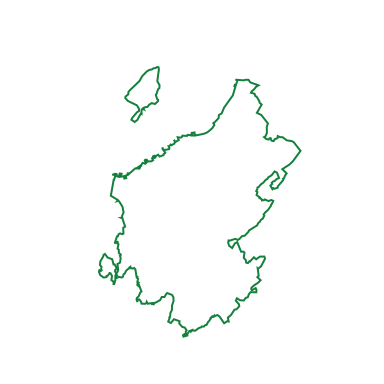 the district of Horten nor, Vestfold, Norway, rotated 223°
{"feature_id": "86288312B28519776233063", "entity_name": "Horten nor", "entity_type": "district", "adm_level": 2, "iso_a3": "NOR", "parent_name": "Norway", "parent_adm1": "Vestfold", "projection": "albers", "projection_center": [10.422, 59.398], "detail": "fine", "context": "isolated", "style": "outline", "palette": "green", "viewbox_px": 384, "rotation_deg": 223, "n_neighbors": 0, "source": "geoboundaries", "source_scale": "gbopen_adm2", "svg_char_len": 5950}
<svg xmlns="http://www.w3.org/2000/svg" viewBox="0 0 384 384"><g transform="rotate(223 192 192)"><path d="M230.2,309.0L236.9,303.7L235.2,304.7L234.4,303.7L232.7,299.8L233.7,299.5L233.1,298.2L232.0,298.5L228.0,290.4L226.1,275.6L223.9,269.8L224.8,266.6L222.9,264.2L223.0,257.3L224.1,257.1L221.3,256.2L220.7,252.5L221.1,248.5L221.5,246.1L222.9,242.9L226.8,237.3L227.8,236.1L228.8,236.4L227.9,235.9L228.3,235.4L230.4,236.9L231.6,236.0L230.4,236.6L228.5,235.2L230.7,233.1L232.1,235.1L232.0,235.7L232.5,235.1L231.4,232.8L234.2,230.8L233.9,229.6L237.4,226.7L236.9,225.0L237.7,223.7L239.8,222.3L237.1,220.9L238.2,217.4L240.9,217.8L239.0,217.3L237.9,215.5L238.8,212.3L239.9,212.2L239.9,210.1L240.4,209.5L238.4,208.7L238.0,207.7L240.9,203.8L242.6,203.6L244.1,204.5L242.7,203.3L238.4,202.6L238.2,201.7L238.6,200.4L238.0,199.5L239.9,195.8L242.2,196.2L243.1,192.7L244.0,193.1L244.4,192.4L242.4,192.1L242.9,190.9L244.4,191.5L244.5,192.2L244.7,191.3L243.6,190.8L244.2,189.4L242.1,188.6L242.7,186.7L245.1,184.3L248.0,184.9L245.2,184.0L245.3,183.2L249.1,183.8L245.1,183.0L248.8,183.2L245.3,181.6L245.4,180.8L247.9,179.7L247.7,177.4L247.0,176.5L247.8,175.9L248.4,173.3L247.0,174.8L246.6,174.4L246.6,172.9L248.1,172.9L248.2,171.6L249.6,170.6L250.5,161.4L252.2,162.5L251.0,160.5L251.6,158.8L249.6,157.3L250.6,155.7L252.4,156.9L251.9,158.1L254.6,154.5L255.9,157.3L257.5,156.3L256.0,153.1L257.5,152.3L259.3,153.7L260.8,152.7L262.0,150.2L260.6,151.6L259.1,151.5L257.3,147.8L257.6,147.5L248.8,133.9L241.1,135.5L240.6,135.5L240.5,134.6L240.1,135.5L238.3,135.3L232.8,133.8L228.2,130.5L227.0,127.2L225.7,125.7L226.4,124.7L224.8,125.3L223.9,124.6L224.2,123.9L223.8,124.6L217.3,121.1L217.9,118.9L213.8,114.8L214.2,113.6L216.3,112.7L216.9,111.0L216.0,109.0L216.6,108.4L213.8,102.3L213.3,102.4L212.6,104.7L212.0,104.7L211.2,103.4L210.1,103.6L207.8,99.8L206.1,99.8L203.9,97.5L201.5,97.7L200.9,96.9L201.2,96.2L199.1,95.0L196.5,91.3L197.4,88.5L192.8,84.6L191.9,82.5L191.9,80.9L194.1,81.4L195.0,82.6L194.8,84.0L195.5,85.0L199.2,86.3L200.0,85.5L204.5,88.4L209.1,86.5L213.4,87.3L213.8,85.8L212.9,84.1L211.7,78.7L209.5,75.9L207.2,75.5L205.5,73.3L204.7,73.1L204.8,72.0L206.4,71.7L205.7,70.2L202.3,68.6L198.3,69.2L196.5,71.4L197.2,72.3L196.5,73.6L197.0,76.6L196.3,77.0L193.2,76.0L190.9,72.6L188.3,72.9L186.6,71.2L186.1,71.6L188.1,75.5L190.7,78.2L191.8,80.3L189.9,80.0L190.0,79.0L188.5,77.8L187.3,80.3L185.2,81.4L184.7,82.5L185.9,85.3L185.6,86.6L186.5,89.4L186.2,92.7L185.3,94.0L186.3,94.3L186.1,95.3L185.0,94.5L183.4,95.4L182.4,97.0L180.5,96.7L175.3,92.6L174.1,92.7L174.0,91.7L172.3,91.8L170.6,88.9L169.4,89.3L169.5,88.1L168.6,86.7L167.6,86.7L169.1,88.7L161.1,84.8L161.3,83.1L159.9,79.5L160.0,76.8L159.2,75.5L157.6,74.7L157.4,75.1L158.2,76.4L157.3,77.5L154.6,77.1L152.8,75.9L150.0,78.3L149.6,79.6L150.2,80.8L148.2,80.1L145.3,83.8L144.4,84.4L144.3,83.1L143.4,83.8L144.2,84.9L143.3,86.0L141.6,91.1L142.5,94.6L140.5,96.4L141.3,99.9L141.2,101.2L136.5,103.1L133.9,102.4L131.2,99.8L129.1,95.2L126.2,92.0L125.4,89.0L122.9,85.7L123.1,84.8L122.3,84.3L121.0,81.0L118.1,81.8L118.4,86.7L112.9,89.0L111.7,87.1L107.1,86.7L104.9,87.9L101.7,87.2L101.4,85.8L99.8,83.9L100.6,83.0L100.9,81.2L99.6,80.4L99.2,81.1L100.0,81.3L100.1,82.0L98.3,82.5L98.0,83.0L98.6,83.2L97.7,84.1L98.4,84.7L99.2,88.3L98.6,89.4L97.6,89.1L97.9,91.0L97.5,91.7L96.8,91.3L95.1,92.7L94.1,97.5L93.0,99.3L93.2,100.2L91.5,101.8L91.6,103.6L90.7,104.8L91.6,107.8L91.5,109.9L92.0,111.1L91.9,112.2L92.5,112.5L92.5,113.6L91.4,115.1L92.0,115.3L91.1,116.3L91.3,117.0L90.6,116.9L89.5,119.4L86.8,119.7L79.0,117.9L78.0,121.7L76.9,122.3L80.1,124.6L79.6,128.7L80.7,134.9L79.4,136.7L79.5,140.7L81.1,141.9L85.8,142.4L86.7,144.9L83.0,145.6L80.1,148.0L80.5,151.2L79.4,153.1L80.7,156.0L80.9,158.6L76.6,162.5L78.0,164.3L79.9,165.1L81.0,161.5L81.5,161.0L82.8,161.7L83.2,162.7L82.9,166.3L81.8,170.6L81.7,174.3L86.1,174.3L86.1,176.2L91.8,180.9L91.4,180.9L90.8,184.7L93.1,193.1L95.1,194.1L98.3,191.0L99.2,186.5L102.2,186.5L102.2,180.6L102.8,180.4L102.6,178.2L104.1,177.3L106.1,178.8L109.3,179.2L112.3,183.5L113.6,183.5L115.4,181.8L124.8,186.2L125.6,183.5L124.4,178.4L128.2,178.0L131.1,179.7L132.2,181.5L131.4,181.9L128.4,187.2L125.8,188.2L125.3,190.1L125.3,193.8L123.6,196.1L123.6,201.5L124.1,202.7L121.6,212.0L122.4,214.5L122.1,216.5L122.6,218.5L122.1,220.8L123.0,224.0L124.3,224.4L124.5,227.4L124.2,230.7L124.8,235.6L125.5,236.3L125.5,238.0L126.5,240.9L128.5,240.3L129.9,237.5L133.7,236.2L133.7,235.3L135.1,233.6L135.6,234.2L138.6,233.7L138.6,234.3L142.7,233.8L144.2,236.6L145.7,236.5L146.2,238.7L147.2,239.9L146.6,241.5L146.9,244.3L146.2,247.5L146.4,251.1L145.8,253.0L146.2,254.8L145.2,258.5L145.6,263.4L143.1,264.1L137.9,261.6L139.0,258.8L139.1,256.2L140.0,254.7L139.9,253.0L138.8,252.6L139.1,250.2L135.2,248.9L135.3,250.2L134.1,250.3L132.3,253.5L133.1,254.7L133.4,262.4L133.8,263.7L134.4,263.8L134.2,265.1L135.1,267.3L135.5,270.2L141.5,270.3L139.4,278.7L139.2,283.4L140.7,296.1L151.5,297.8L153.9,297.2L157.9,294.4L163.0,293.9L165.1,292.1L167.4,291.4L166.2,289.7L167.6,286.8L167.0,285.8L167.2,284.6L169.0,283.8L171.3,285.0L171.9,284.1L171.7,282.6L173.8,281.4L176.7,281.3L176.2,282.6L177.5,286.3L181.9,290.8L183.2,293.9L193.9,295.6L198.5,294.1L200.7,303.5L203.5,303.4L204.8,304.4L209.9,305.8L211.0,305.3L213.2,306.5L216.6,304.8L217.0,306.3L216.6,309.4L216.9,312.5L216.1,315.4L224.2,311.9L227.2,312.6L229.7,310.2L230.2,309.0ZM285.6,203.5L281.7,204.1L281.1,207.2L282.9,214.5L282.1,214.7L284.8,217.5L285.0,218.9L283.8,219.4L284.8,219.6L284.8,220.3L283.5,220.5L284.2,220.6L284.4,221.5L282.6,223.9L282.9,226.4L282.1,229.5L279.1,231.1L278.8,235.2L279.6,236.3L280.8,236.2L284.7,238.3L284.9,239.7L286.9,244.0L286.7,245.7L288.6,248.0L293.0,249.4L299.7,258.9L301.5,260.4L302.6,259.9L303.3,257.6L304.6,256.1L304.9,254.3L306.5,252.2L307.3,249.0L307.4,242.8L306.1,237.3L306.8,224.5L306.7,221.7L305.2,220.0L305.7,216.4L304.8,215.2L300.9,214.9L291.5,217.8L287.4,216.7L286.0,215.1L286.6,212.7L286.2,205.1L285.6,203.5Z" fill="none" stroke="#15803d" stroke-width="2"/></g></svg>